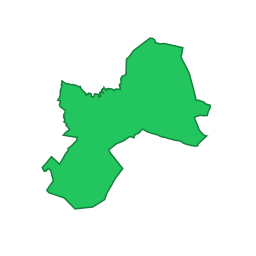 the district of Njikoka, Anambra, Nigeria, rotated 198°
{"feature_id": "59680162B42022523568798", "entity_name": "Njikoka", "entity_type": "district", "adm_level": 2, "iso_a3": "NGA", "parent_name": "Nigeria", "parent_adm1": "Anambra", "projection": "albers", "projection_center": [7.011, 6.187], "detail": "fine", "context": "isolated", "style": "filled", "palette": "green", "viewbox_px": 256, "rotation_deg": 198, "n_neighbors": 0, "source": "geoboundaries", "source_scale": "gbopen_adm2", "svg_char_len": 3620}
<svg xmlns="http://www.w3.org/2000/svg" viewBox="0 0 256 256"><g transform="rotate(198 128 128)"><path d="M100.7,221.3L119.5,219.6L121.6,218.7L123.9,217.9L128.5,217.7L128.5,218.6L129.7,219.8L131.4,220.6L132.4,220.8L133.9,220.3L134.8,220.4L146.7,203.2L149.3,195.1L150.3,194.0L150.7,193.0L146.5,178.3L148.9,175.7L149.6,175.5L149.7,175.0L149.9,174.5L149.7,174.0L149.7,173.6L150.1,172.8L149.8,172.2L150.0,171.7L149.5,171.2L149.0,170.1L148.6,169.4L148.5,168.5L149.1,167.7L149.5,166.4L148.8,166.1L148.7,165.9L149.0,165.7L149.1,165.4L149.0,165.0L147.9,164.5L147.9,164.2L147.8,163.4L147.3,162.9L147.4,162.2L147.7,162.1L148.6,162.0L149.5,161.8L150.5,161.7L151.4,161.3L152.3,160.7L152.8,160.3L153.0,159.4L154.0,159.7L154.5,159.7L155.0,160.1L155.9,160.1L156.7,159.8L157.5,159.5L158.6,159.6L158.7,159.1L159.0,159.0L160.2,158.9L160.2,157.3L161.3,157.5L162.4,158.4L162.9,158.5L163.4,159.1L163.4,158.3L164.1,157.7L163.9,157.5L164.2,157.0L164.9,156.0L164.4,155.5L163.3,154.4L162.4,153.6L161.9,153.1L162.5,153.3L163.6,153.7L164.5,154.1L164.9,154.3L165.8,152.9L165.7,152.4L165.1,152.1L164.8,151.5L164.3,150.7L164.0,150.1L163.9,149.9L164.3,149.8L164.3,149.6L164.0,149.4L164.3,149.0L165.3,148.5L165.8,149.6L166.3,150.9L166.8,150.8L167.4,150.8L168.7,150.3L169.2,150.5L170.0,150.4L170.3,149.6L170.2,148.2L170.3,147.6L170.8,146.6L172.7,146.6L172.8,146.8L173.0,147.8L173.2,148.5L173.2,148.9L174.7,149.1L176.0,149.1L175.8,148.2L176.7,148.0L177.4,147.7L177.5,146.6L178.0,146.2L179.2,148.0L179.5,148.2L180.1,148.4L183.0,149.8L184.4,150.7L186.0,152.2L186.1,152.8L186.7,152.8L187.1,152.3L187.9,151.8L189.1,152.3L190.2,152.6L194.2,152.1L195.8,151.6L196.4,151.6L197.3,151.6L199.0,151.4L199.6,151.2L200.5,151.2L201.9,151.3L203.2,151.7L204.3,152.1L205.3,152.4L204.7,149.5L204.8,148.8L204.8,148.1L203.9,148.0L203.8,147.3L203.7,146.8L203.7,146.2L203.8,145.7L203.9,145.1L203.9,144.2L204.0,143.3L203.9,142.4L203.7,141.9L203.5,141.3L203.3,140.8L202.8,138.7L202.5,137.1L202.3,136.4L202.6,136.2L202.5,135.7L203.0,134.5L203.3,132.7L200.8,132.9L200.5,132.2L200.4,131.7L200.4,130.1L200.4,128.9L199.8,127.9L198.8,127.2L193.1,125.2L192.6,123.1L193.1,121.6L193.2,120.6L193.0,120.2L192.8,120.1L192.6,118.7L192.4,118.1L191.7,118.5L191.3,117.3L190.8,116.0L190.5,115.3L190.5,114.8L190.6,114.6L190.9,114.1L189.2,113.6L187.5,113.0L187.8,111.4L187.3,111.2L185.3,110.2L184.7,109.6L184.2,109.5L183.1,108.5L183.2,108.1L184.0,107.1L184.3,106.7L184.9,105.9L185.5,104.9L186.2,103.9L186.7,102.6L187.3,101.2L180.3,102.2L173.4,103.4L173.1,99.9L176.5,93.2L178.7,90.0L177.9,88.8L179.6,83.3L180.2,80.2L181.1,76.2L181.8,72.4L188.0,75.3L192.0,77.0L193.1,73.9L194.1,71.4L194.9,69.1L197.3,64.0L196.1,62.5L194.3,61.0L193.8,62.0L192.8,61.5L191.4,64.9L188.2,63.6L185.9,59.6L184.2,57.2L182.8,54.9L186.0,43.6L184.3,42.7L183.4,42.1L182.8,42.0L167.1,41.8L153.5,34.7L137.1,42.0L128.1,52.7L128.0,59.4L126.4,66.6L124.5,76.2L120.5,87.8L136.6,98.5L139.5,101.1L137.3,104.7L134.6,108.9L127.7,115.0L126.4,116.9L124.0,120.0L122.4,120.8L120.1,120.3L119.3,120.8L119.5,123.4L118.2,124.7L116.0,126.7L115.6,127.8L114.4,130.4L113.4,131.5L109.2,130.4L103.9,130.3L97.6,130.6L94.7,130.1L92.8,130.0L90.7,130.5L86.6,130.5L83.9,130.7L79.3,130.9L74.5,131.8L71.3,130.9L67.9,130.6L61.8,131.0L58.5,131.6L56.2,132.6L56.4,134.2L55.2,136.8L50.7,144.7L51.3,144.5L54.1,144.8L59.5,147.9L61.4,150.2L61.8,150.9L68.3,158.6L67.3,159.6L66.6,159.9L64.7,161.5L63.6,162.1L62.3,162.6L60.4,162.9L57.5,164.0L56.6,164.2L56.7,169.5L56.2,171.5L56.7,175.0L61.7,174.9L63.3,175.9L64.1,176.1L65.0,176.0L69.1,176.3L71.8,175.4L71.9,175.8L79.4,187.8L87.1,199.5L99.3,211.5L100.7,221.3Z" fill="#22c55e" stroke="#15803d" stroke-width="1.5"/></g></svg>